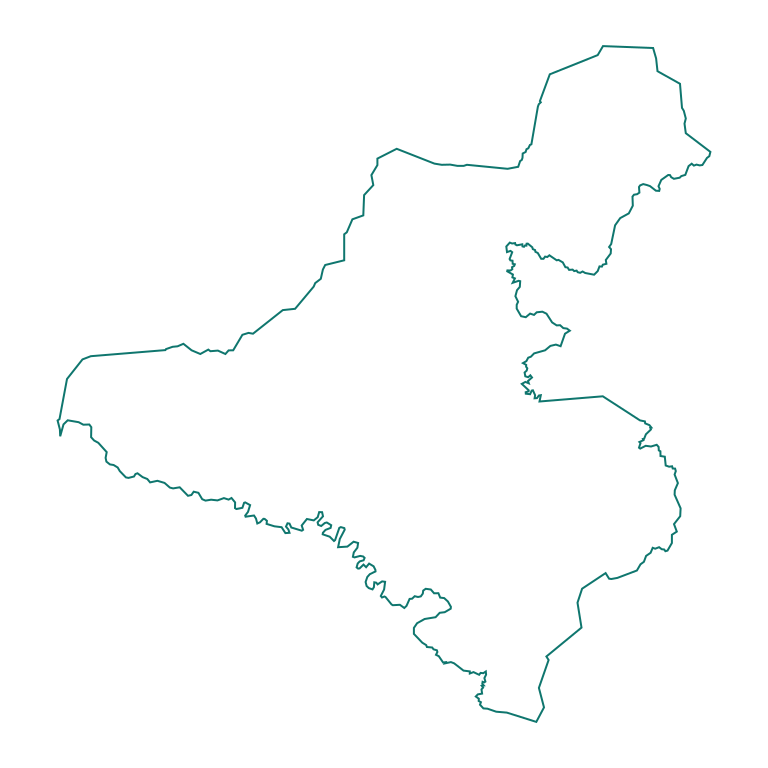 outline of Acatepec, Guerrero, Mexico
{"feature_id": "50627088B65715606255874", "entity_name": "Acatepec", "entity_type": "district", "adm_level": 2, "iso_a3": "MEX", "parent_name": "Mexico", "parent_adm1": "Guerrero", "projection": "orthographic", "projection_center": [-98.971, 17.177], "detail": "fine", "context": "isolated", "style": "outline", "palette": "teal", "viewbox_px": 768, "rotation_deg": 0, "n_neighbors": 0, "source": "geoboundaries", "source_scale": "gbopen_adm2", "svg_char_len": 6104}
<svg xmlns="http://www.w3.org/2000/svg" viewBox="0 0 768 768"><path d="M377.4,158.6L377.4,165.1L371.4,175.1L373.3,185.1L364.1,195.1L363.3,215.4L352.4,219.3L346.8,232.3L344.2,234.3L344.2,260.3L325.2,265.0L322.9,269.5L320.8,278.8L315.2,283.1L313.7,286.6L295.1,308.8L282.8,310.1L253.0,333.7L248.5,332.9L242.4,334.8L233.2,350.3L228.6,350.4L225.4,354.0L217.9,350.6L210.4,351.2L208.3,349.6L200.3,354.0L191.6,350.3L183.4,343.8L177.6,346.3L172.6,346.8L166.0,349.1L165.4,350.1L90.8,356.2L82.5,359.4L67.0,379.0L59.5,419.1L57.6,420.5L59.9,429.5L60.2,436.3L63.5,424.4L67.7,420.3L78.7,422.2L83.3,424.7L89.3,424.5L91.3,427.2L91.1,437.2L94.1,440.5L98.3,442.8L106.7,452.1L105.6,457.9L106.4,461.6L109.9,464.4L113.6,465.0L117.7,467.5L119.8,471.1L125.9,477.4L128.5,477.9L134.0,476.5L135.5,474.0L137.5,473.3L142.6,477.1L147.3,479.0L150.1,482.4L157.4,480.8L164.5,482.9L169.9,487.6L173.1,488.4L179.7,487.3L188.0,495.8L191.4,495.0L193.7,491.7L198.4,492.8L202.2,499.2L205.5,500.6L211.1,499.7L217.5,500.4L223.9,498.1L228.6,499.6L231.5,498.0L235.1,502.4L235.0,508.1L236.3,509.0L242.4,507.8L244.1,502.8L245.2,502.4L250.1,505.1L248.0,511.9L245.2,515.6L245.6,516.7L254.0,515.5L256.0,518.6L257.3,523.5L260.0,522.3L263.4,518.8L264.6,518.9L266.9,520.8L266.6,523.9L274.4,526.3L281.6,527.2L285.4,533.1L289.5,532.8L288.4,529.5L286.0,526.6L287.5,523.3L289.5,523.6L291.3,527.5L301.8,530.7L303.1,529.8L301.7,525.5L306.9,519.0L313.8,520.4L317.7,517.2L319.2,512.1L322.1,512.2L323.0,516.3L317.6,522.3L318.2,524.8L321.2,526.0L324.8,523.0L326.8,522.5L331.2,525.2L330.6,527.9L325.5,529.9L322.9,532.8L322.7,534.3L329.7,536.7L334.0,541.0L335.1,540.1L339.3,527.9L340.8,527.1L344.3,528.1L344.7,529.7L339.8,539.0L338.1,547.2L347.4,546.6L353.6,541.7L358.1,543.0L357.4,547.7L353.8,552.4L352.9,556.8L354.5,557.4L360.2,555.9L363.2,556.5L364.6,557.9L363.6,560.3L359.7,561.4L357.7,563.5L356.6,567.4L358.1,568.6L359.6,568.4L363.5,564.6L366.1,567.2L369.1,563.6L373.6,566.3L375.4,569.9L375.5,571.4L369.8,574.2L367.3,577.0L365.6,582.0L366.6,586.0L368.8,588.1L372.5,589.4L373.9,587.2L374.3,582.3L376.3,582.7L377.6,584.4L382.1,581.4L385.1,581.8L384.1,589.5L380.8,596.0L382.0,597.5L384.4,596.5L385.5,597.0L391.5,604.4L392.8,605.2L399.9,604.8L404.3,608.0L406.5,605.9L409.6,598.9L412.1,598.7L414.7,596.2L418.0,597.0L420.8,596.4L422.8,593.6L423.2,590.6L425.7,588.8L430.8,589.5L434.1,593.3L438.4,593.2L440.2,597.6L444.2,598.1L447.9,601.5L450.9,606.8L450.7,608.7L444.7,612.2L439.7,612.8L435.6,617.2L424.6,619.0L417.1,623.2L413.9,627.9L413.9,633.9L422.3,642.7L426.2,645.1L426.9,647.0L432.2,647.5L433.5,649.3L436.9,650.3L437.4,652.0L436.0,654.8L438.8,656.2L443.1,662.5L445.5,662.2L444.8,663.4L450.9,662.1L454.1,663.3L463.5,670.6L469.8,671.4L469.8,673.5L473.5,672.1L479.1,674.8L480.6,672.9L483.3,673.2L485.8,671.5L486.1,674.6L484.4,678.1L485.4,681.6L484.2,682.4L482.6,681.8L482.3,683.8L483.8,685.5L481.8,685.8L483.1,687.6L481.5,689.4L482.1,693.6L477.8,694.4L475.8,696.5L478.8,698.7L478.7,701.0L480.9,702.2L480.0,704.7L483.4,708.4L487.5,708.7L496.2,711.7L506.8,712.6L536.3,721.9L544.0,707.4L538.9,687.9L548.6,660.0L546.4,656.5L581.5,627.6L577.5,602.7L582.1,588.7L605.6,573.1L609.1,578.7L611.4,579.0L617.4,577.9L636.9,570.5L640.5,564.3L643.9,561.8L646.1,555.9L650.6,552.8L652.7,547.8L655.2,548.7L659.1,547.2L661.7,549.2L664.2,549.5L665.4,551.2L667.5,550.6L671.9,543.0L671.9,534.8L676.8,531.6L674.0,524.1L680.2,516.2L680.6,508.3L674.6,494.7L674.8,490.3L677.9,483.1L674.6,474.5L675.8,471.1L675.1,468.6L672.7,468.5L672.1,466.3L669.1,466.7L665.7,465.5L664.8,456.7L660.5,456.0L660.4,451.3L658.8,450.4L658.6,446.9L656.7,444.8L651.0,446.5L645.7,445.8L640.2,448.6L639.0,447.7L640.5,443.2L639.4,442.0L643.4,440.2L642.9,439.0L644.1,438.8L645.9,434.3L650.9,429.5L650.3,427.8L651.4,427.6L649.4,425.1L645.2,423.4L644.9,421.4L640.0,420.4L602.8,396.3L539.5,401.5L540.8,395.2L538.9,395.5L537.0,398.1L534.6,398.3L535.1,395.2L532.9,390.3L531.7,390.6L530.1,394.2L525.8,393.7L525.7,392.2L528.6,391.3L528.7,390.3L521.8,383.9L525.4,381.9L528.8,383.3L528.0,381.0L532.0,377.5L530.3,375.3L528.2,377.2L525.3,376.3L524.6,372.5L526.7,370.6L527.3,368.3L526.1,366.7L526.2,364.9L523.0,363.1L526.4,361.1L528.2,357.7L530.9,356.7L534.1,353.4L545.1,350.3L550.4,345.9L555.9,344.6L560.6,346.2L565.0,333.7L569.8,330.7L567.0,328.6L563.3,328.1L560.1,325.2L556.7,325.4L552.1,322.4L546.5,313.7L542.4,311.7L536.7,312.3L534.0,314.9L530.1,313.6L525.8,317.2L521.1,316.2L516.7,308.6L516.7,304.8L518.1,301.8L515.4,296.2L517.0,290.2L519.8,286.9L520.2,281.2L518.7,280.8L512.7,282.8L514.9,278.4L512.4,277.4L512.9,274.5L507.2,271.3L507.4,270.4L510.5,270.5L512.3,269.2L512.0,267.2L514.2,265.9L514.8,264.3L512.7,263.8L512.5,260.7L510.4,260.4L509.6,259.0L512.2,252.2L510.5,250.9L507.0,252.1L506.3,246.5L509.8,242.6L512.1,243.5L515.1,243.1L515.4,244.5L516.9,245.3L522.3,244.3L522.5,246.4L524.0,246.8L525.1,245.4L526.4,245.6L526.6,243.7L527.8,243.6L532.3,247.3L532.8,249.1L535.1,250.1L535.4,251.8L537.8,253.0L541.2,258.8L543.5,258.8L545.1,256.6L547.3,257.0L549.4,255.3L556.7,260.3L558.5,259.9L562.8,262.4L565.4,267.2L567.6,267.5L569.1,269.9L572.6,269.6L574.2,271.1L576.6,270.6L577.7,272.2L580.2,272.8L582.6,271.5L585.2,273.0L594.1,274.7L597.7,271.1L599.5,266.4L601.9,266.6L602.8,264.7L606.4,263.8L605.8,260.0L610.7,253.5L611.0,249.2L609.1,247.0L611.2,244.0L615.1,225.3L620.2,218.1L628.8,213.4L632.8,205.7L632.5,196.6L634.0,194.7L637.1,194.2L639.4,192.6L639.0,187.0L640.1,185.4L643.2,184.1L646.8,185.0L650.0,186.1L655.9,190.7L659.2,190.9L659.7,188.9L658.5,186.2L661.3,179.9L668.2,175.0L670.0,175.1L671.2,177.2L673.9,178.8L679.7,177.7L681.3,176.1L685.3,174.9L688.6,166.1L691.7,163.7L693.9,165.6L696.5,164.6L699.7,165.4L702.4,165.0L707.0,157.9L709.3,156.2L710.4,151.9L685.8,133.2L684.5,123.6L685.8,118.5L683.8,110.8L682.0,107.9L680.0,83.8L657.5,71.2L656.1,58.4L653.1,48.0L603.0,46.1L597.7,55.1L549.8,74.3L539.9,101.1L540.8,102.3L538.8,104.2L537.9,106.6L531.4,144.3L529.9,145.0L528.3,148.3L526.5,149.2L525.6,152.0L522.7,153.5L522.5,157.8L521.8,159.9L520.1,161.1L518.2,166.8L507.6,168.8L466.9,164.8L463.6,165.9L457.6,165.9L450.2,164.6L441.7,164.8L434.4,163.6L396.7,148.8L377.4,158.6Z" fill="none" stroke="#0f766e" stroke-width="2"/></svg>